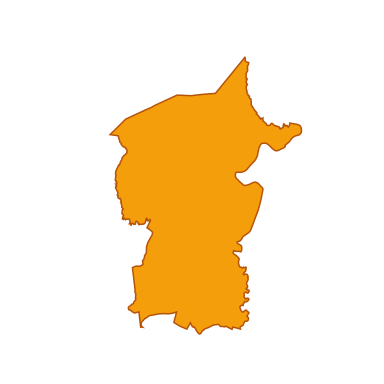 Tanquián de Escobedo, San Luis Potosí, Mexico, rotated 20°
{"feature_id": "50627088B81870617842990", "entity_name": "Tanquián de Escobedo", "entity_type": "district", "adm_level": 2, "iso_a3": "MEX", "parent_name": "Mexico", "parent_adm1": "San Luis Potosí", "projection": "natural_earth1", "projection_center": [-98.642, 21.612], "detail": "fine", "context": "isolated", "style": "filled", "palette": "amber", "viewbox_px": 384, "rotation_deg": 20, "n_neighbors": 0, "source": "geoboundaries", "source_scale": "gbopen_adm2", "svg_char_len": 6042}
<svg xmlns="http://www.w3.org/2000/svg" viewBox="0 0 384 384"><g transform="rotate(20 192 192)"><path d="M260.4,93.7L260.7,94.7L260.7,96.4L260.4,97.9L259.4,97.8L258.7,97.0L257.6,97.4L257.6,97.8L256.3,98.0L256.1,97.5L256.2,97.1L255.6,96.6L255.1,96.6L255.2,96.9L254.9,97.0L255.0,97.5L255.0,98.3L255.1,98.6L255.3,99.5L255.5,99.4L255.6,99.7L255.0,100.9L254.4,101.6L254.4,101.3L253.7,101.7L253.7,102.0L252.7,102.4L252.2,101.8L252.0,101.2L251.2,101.1L248.4,101.1L248.5,101.2L247.6,101.1L246.6,101.4L245.7,101.1L244.3,100.1L243.1,100.4L242.5,102.6L240.5,103.5L239.8,103.6L239.2,103.4L238.4,102.4L235.6,101.4L234.9,101.0L234.6,101.1L234.1,100.7L233.4,98.3L232.8,99.2L232.1,99.1L232.0,99.7L231.5,100.0L230.8,99.2L230.5,99.3L230.4,99.0L229.8,98.6L228.7,98.0L227.7,97.3L226.1,96.8L225.8,96.9L225.7,96.6L226.0,96.0L225.9,95.4L222.2,93.3L220.9,92.1L218.7,90.7L218.5,90.2L217.7,89.9L217.4,88.5L216.4,86.0L215.7,84.9L215.4,84.3L214.9,84.5L213.4,83.6L213.2,82.2L211.7,82.1L211.0,80.8L209.8,80.3L209.3,79.1L209.4,78.5L208.7,78.0L207.2,75.5L207.1,74.1L206.6,73.4L207.4,72.3L206.6,71.4L206.1,71.3L205.3,70.2L205.2,67.0L204.5,67.2L204.4,66.5L203.8,66.2L202.5,62.8L202.5,60.4L202.8,58.6L201.8,57.2L201.9,56.7L201.0,54.4L201.5,53.2L201.0,50.9L198.9,51.2L197.4,50.8L196.9,50.1L196.8,49.0L196.3,48.0L195.6,47.4L180.3,91.3L169.1,96.4L158.0,101.9L144.9,106.0L127.1,123.7L124.9,126.4L120.3,130.7L104.8,146.2L95.4,166.1L103.4,164.4L107.4,170.0L108.9,170.4L109.2,171.5L111.9,173.0L113.4,172.9L113.7,173.2L114.4,173.0L115.4,174.2L116.8,175.0L117.1,177.0L117.5,177.4L116.0,180.5L115.5,181.1L115.0,182.8L114.6,183.8L115.0,185.6L114.5,187.7L114.6,191.6L113.9,191.7L113.3,198.5L114.1,201.7L115.2,202.5L114.9,203.6L115.4,204.5L115.6,206.4L116.0,207.2L116.4,207.2L116.7,207.5L117.0,208.4L117.5,208.2L118.2,208.7L118.4,210.2L117.6,210.6L118.2,210.9L118.9,211.8L119.1,212.7L118.4,212.7L118.6,213.9L122.8,218.3L122.8,220.5L124.0,220.8L124.0,222.2L124.6,222.7L126.3,223.2L126.6,222.6L127.3,223.2L128.6,224.9L128.4,226.1L129.5,226.5L129.8,227.8L130.7,228.8L131.2,230.4L133.2,231.4L132.6,232.2L133.5,236.2L135.1,236.9L135.6,237.5L135.5,239.1L135.8,241.0L136.1,241.2L137.0,241.3L137.2,239.8L137.8,239.8L138.9,240.8L140.1,239.8L141.6,239.1L142.7,239.2L144.5,241.9L144.2,242.3L144.0,243.2L145.0,242.8L145.7,244.0L146.2,244.0L146.2,243.4L145.9,242.3L147.6,241.7L147.9,242.1L148.5,242.3L149.6,241.8L149.8,241.1L149.3,239.6L149.6,238.5L151.1,238.8L152.7,240.4L152.8,239.9L153.4,239.9L153.8,240.5L157.5,238.7L158.3,237.7L158.5,237.1L158.5,234.8L158.4,234.3L158.0,233.8L158.1,232.3L159.5,232.6L159.5,234.0L160.4,234.3L161.1,233.9L162.0,232.3L162.7,233.2L161.9,240.9L162.5,241.4L163.8,241.1L164.1,241.6L167.4,242.6L168.8,243.3L169.2,246.4L168.0,252.9L167.8,255.3L168.0,257.5L167.9,258.7L170.0,265.0L169.4,266.6L169.6,267.2L169.2,268.2L169.6,269.1L169.7,271.2L169.5,272.5L169.0,273.4L170.7,276.9L169.0,279.1L168.2,279.6L164.6,280.9L161.9,283.4L172.0,303.5L172.7,305.8L173.9,306.6L175.3,311.3L175.9,311.8L175.7,313.6L175.0,315.0L175.1,316.9L174.4,317.7L173.9,317.9L173.5,319.0L172.1,321.2L171.7,322.2L172.2,323.5L173.0,324.3L174.3,324.0L176.5,324.9L179.3,325.4L183.1,322.8L190.0,336.6L191.1,336.0L191.8,335.9L190.2,335.2L188.9,332.3L191.0,327.1L192.5,325.4L193.7,323.5L195.2,322.1L198.9,320.1L201.1,318.6L203.1,317.7L206.3,316.2L211.9,314.4L215.3,312.5L218.5,310.1L219.6,320.8L226.4,322.2L234.0,322.6L235.2,315.5L238.4,318.4L239.4,318.6L240.4,318.0L244.1,321.2L246.6,322.7L247.5,322.9L248.5,322.2L248.9,320.9L249.0,319.4L249.6,318.4L250.2,317.9L250.1,317.3L250.9,316.2L254.1,313.5L256.0,311.3L258.2,309.3L260.4,308.3L261.3,307.7L262.3,307.4L264.8,308.6L266.6,307.9L268.7,307.6L269.2,306.9L270.2,306.6L276.6,307.4L276.6,304.9L284.3,304.2L284.0,303.9L283.5,302.6L284.0,301.4L285.5,300.0L285.5,298.3L285.9,295.6L286.2,295.2L287.5,294.8L288.1,294.3L288.5,293.6L288.6,292.7L288.2,291.2L287.9,290.8L286.3,290.2L286.3,288.9L286.8,286.1L286.6,285.7L284.7,285.3L283.6,284.4L283.1,284.5L282.4,285.0L281.6,286.5L280.9,287.4L280.1,287.5L278.5,286.5L276.2,283.8L276.9,281.9L277.4,281.5L278.9,281.1L278.4,279.4L278.8,278.7L278.8,277.7L279.1,276.9L280.2,276.9L280.8,276.6L281.9,275.0L281.9,274.3L282.2,273.4L281.6,272.9L280.9,272.6L280.1,272.9L279.4,274.1L278.8,274.3L278.4,274.1L277.9,273.3L277.3,273.2L276.7,272.6L276.5,272.2L276.5,271.1L275.5,269.7L275.6,269.1L275.9,268.8L276.2,268.2L277.0,267.6L277.5,267.6L278.0,268.0L278.9,268.0L279.2,267.7L279.7,266.1L279.5,265.5L279.0,264.8L278.6,264.8L278.1,265.1L277.7,265.1L275.9,264.3L275.9,264.0L276.7,263.2L276.7,262.2L276.4,261.4L274.8,259.9L274.5,259.2L274.4,257.8L274.7,256.7L274.7,255.7L274.3,253.9L273.5,253.3L273.8,252.6L273.5,252.1L272.8,251.2L272.0,250.7L271.4,250.6L270.2,250.9L268.9,252.0L268.5,251.9L268.3,251.5L268.4,250.2L268.8,249.1L269.3,248.6L269.4,248.0L269.0,245.1L268.4,244.2L267.9,244.3L267.3,245.3L265.9,245.1L265.3,246.2L264.9,246.3L263.5,245.8L262.6,246.0L261.9,245.9L261.1,244.4L260.2,243.3L259.7,242.1L259.2,238.7L259.0,238.4L255.3,236.5L252.9,236.1L252.0,235.7L251.4,235.0L251.3,233.5L251.5,232.7L252.0,232.6L252.6,232.9L253.1,232.7L254.1,232.7L255.8,231.8L257.9,231.7L258.3,231.5L258.6,230.5L258.3,228.7L257.6,226.8L256.6,225.6L255.6,225.3L252.6,224.8L251.8,224.2L251.5,223.3L253.5,222.0L254.2,221.0L254.8,219.0L254.9,217.6L255.2,216.4L259.1,210.9L259.9,209.1L260.2,207.1L260.4,186.2L259.5,176.1L257.8,165.3L257.2,164.4L256.7,164.0L250.8,161.1L248.2,161.0L246.9,161.6L242.3,166.1L239.6,167.7L238.7,167.9L238.1,167.9L233.3,166.0L228.6,163.7L227.6,162.7L226.6,160.2L226.6,159.0L227.1,158.2L231.7,156.6L234.0,154.7L235.5,152.9L237.6,147.2L240.3,141.1L240.8,138.7L241.0,135.6L239.9,128.0L240.0,126.2L240.1,124.5L240.6,123.3L241.0,122.5L243.4,121.3L245.5,120.9L248.4,121.7L252.4,123.6L255.6,124.6L256.6,124.6L258.5,123.8L261.2,121.0L263.0,119.3L264.0,117.5L264.0,117.1L263.6,116.4L263.6,115.9L264.7,114.3L266.0,112.1L267.8,106.5L269.6,104.3L273.1,101.7L273.9,100.5L274.1,99.8L274.3,99.0L274.2,97.9L273.8,96.6L272.8,94.6L271.2,92.9L269.8,92.5L267.5,92.5L262.2,93.5L260.4,93.7Z" fill="#f59e0b" stroke="#b45309" stroke-width="1.5"/></g></svg>